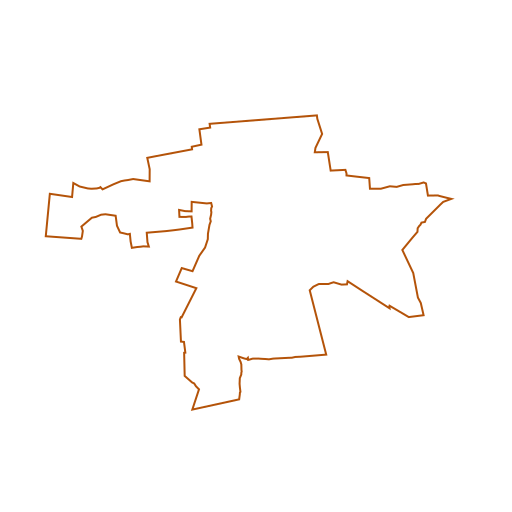 Sanahcat, Yucatán, Mexico (Robinson projection), rotated 349°
{"feature_id": "50627088B45339829502466", "entity_name": "Sanahcat", "entity_type": "district", "adm_level": 2, "iso_a3": "MEX", "parent_name": "Mexico", "parent_adm1": "Yucatán", "projection": "robinson", "projection_center": [-89.213, 20.761], "detail": "fine", "context": "isolated", "style": "outline", "palette": "amber", "viewbox_px": 512, "rotation_deg": 349, "n_neighbors": 0, "source": "geoboundaries", "source_scale": "gbopen_adm2", "svg_char_len": 2461}
<svg xmlns="http://www.w3.org/2000/svg" viewBox="0 0 512 512"><g transform="rotate(349 256 256)"><path d="M458.6,237.2L454.2,235.2L447.4,232.0L446.2,231.3L442.5,230.6L442.4,230.6L436.3,229.5L436.7,217.2L434.6,215.8L429.5,216.3L426.0,215.7L423.5,215.5L414.1,214.4L407.3,215.0L400.7,213.1L391.4,213.8L380.7,211.7L382.0,201.1L369.6,197.2L360.2,194.2L360.6,192.2L360.2,188.5L345.6,186.4L346.3,167.7L333.5,165.4L335.0,161.2L344.2,148.8L342.4,133.3L342.4,133.0L342.4,132.8L342.4,132.6L342.6,129.6L235.7,117.4L235.5,121.2L224.6,120.8L223.7,136.3L213.8,136.5L213.6,139.1L176.4,138.9L168.0,138.9L168.2,150.5L165.8,162.4L150.1,157.0L144.7,157.0L141.5,156.8L137.8,156.8L129.8,158.4L118.1,161.3L116.4,158.7L115.5,159.2L112.6,159.3L107.3,158.6L103.8,157.6L96.1,154.1L90.6,149.5L86.7,163.0L65.5,155.6L53.4,196.5L87.8,205.8L88.9,203.7L90.8,198.3L90.2,193.8L102.2,187.1L106.2,187.1L111.8,185.9L116.2,186.3L125.9,189.7L125.3,199.8L127.1,207.0L130.1,208.3L134.4,210.3L136.4,210.2L135.7,217.7L135.7,224.3L140.9,224.5L144.8,224.9L147.1,225.0L152.6,226.3L152.1,221.7L153.2,212.3L172.6,214.4L180.2,215.0L186.2,215.4L199.1,216.0L199.6,211.9L200.2,204.9L197.0,204.4L194.8,204.3L188.3,203.0L189.3,196.1L194.9,198.4L201.3,199.9L203.2,190.6L217.7,195.0L222.1,195.4L222.3,199.0L221.2,200.5L220.5,203.2L220.6,204.3L219.8,206.9L218.1,210.7L218.2,213.3L216.3,216.5L213.1,224.9L211.9,230.3L207.6,238.0L200.4,244.9L190.8,258.8L180.8,253.7L172.6,265.8L191.3,276.2L171.3,302.0L170.5,301.7L169.2,303.8L166.0,325.7L168.9,326.6L168.2,337.4L167.0,337.3L163.1,360.1L169.2,368.0L171.0,369.3L172.2,372.4L174.6,376.0L164.2,394.6L212.1,393.5L213.6,389.1L214.2,386.9L214.8,386.4L215.1,382.0L215.5,378.3L216.8,372.8L218.9,369.6L219.3,367.9L219.9,366.6L220.0,365.0L220.9,359.7L220.7,357.1L219.8,353.7L219.8,351.4L224.8,354.3L227.2,355.4L228.6,354.4L228.5,356.5L229.0,356.5L229.3,356.5L233.0,356.1L234.2,356.3L238.6,357.1L241.5,357.9L245.9,359.0L249.0,359.9L253.3,360.0L255.5,360.3L256.9,360.5L268.8,362.2L271.8,362.7L275.3,362.6L280.7,363.4L306.1,366.2L302.2,299.9L306.4,297.1L312.2,295.5L314.1,295.8L321.8,297.3L324.4,296.9L327.2,296.6L334.5,300.4L339.9,301.2L341.1,298.2L353.9,310.6L377.1,332.8L377.2,331.1L377.6,330.3L394.3,345.1L409.2,346.1L408.8,333.6L407.0,327.7L407.1,302.7L400.8,278.0L412.9,268.0L419.1,263.1L420.0,259.6L421.9,257.7L423.4,256.7L424.8,254.8L428.3,254.8L430.1,251.9L445.9,241.3L446.0,241.2L446.6,240.8L450.1,238.6L458.6,237.2Z" fill="none" stroke="#b45309" stroke-width="2"/></g></svg>